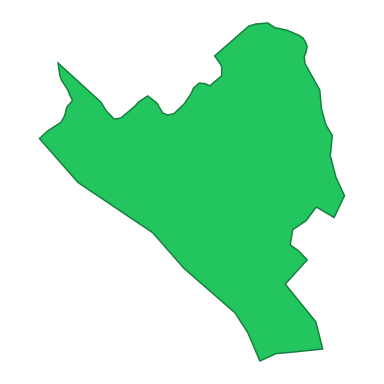 the border of Ilukstes
{"feature_id": "LVA-5749", "entity_name": "Ilukstes", "entity_type": "Municipality", "adm_level": 1, "iso_a3": "LVA", "parent_name": "Latvia", "parent_adm1": "", "projection": "albers", "projection_center": [26.129, 55.982], "detail": "fine", "context": "isolated", "style": "filled", "palette": "green", "viewbox_px": 384, "rotation_deg": 0, "n_neighbors": 0, "source": "natural_earth", "source_scale": "10m", "svg_char_len": 944}
<svg xmlns="http://www.w3.org/2000/svg" viewBox="0 0 384 384"><path d="M123.9,213.4L78.0,182.5L39.5,138.6L47.3,131.2L61.1,122.2L64.7,115.6L66.9,107.0L72.5,100.6L69.5,94.4L68.0,90.3L61.5,80.1L59.8,75.2L58.1,63.1L101.1,102.3L106.3,110.9L114.2,119.1L120.7,118.1L134.8,106.3L138.6,102.0L147.8,95.9L156.9,103.1L162.7,113.0L167.5,115.0L173.9,113.7L184.3,103.7L191.0,93.8L193.6,88.0L199.2,83.0L205.3,83.7L209.8,85.8L221.6,75.9L221.9,67.6L221.0,65.1L214.7,55.9L248.7,26.2L255.7,24.0L267.8,23.0L274.8,27.6L287.5,30.4L299.1,35.4L303.2,38.2L305.5,42.3L307.1,46.3L306.1,52.2L304.3,56.1L304.9,63.4L319.8,90.1L321.4,108.6L325.9,124.8L332.3,135.4L330.3,155.6L336.0,177.4L344.5,195.7L334.1,217.5L316.3,207.0L306.2,220.6L292.7,229.7L290.2,244.9L298.7,250.9L307.2,259.9L285.2,284.1L315.8,321.8L322.7,349.0L293.0,352.1L276.0,353.6L259.9,361.0L248.0,333.1L235.1,312.9L184.2,268.6L152.7,232.7L123.9,213.4Z" fill="#22c55e" stroke="#15803d" stroke-width="1.5"/></svg>